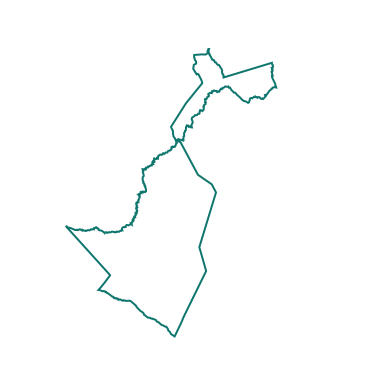 the district of Isiolo North, Eastern, Kenya, rotated 154°
{"feature_id": "3690345B29935700450408", "entity_name": "Isiolo North", "entity_type": "district", "adm_level": 2, "iso_a3": "KEN", "parent_name": "Kenya", "parent_adm1": "Eastern", "projection": "equal_earth", "projection_center": [38.187, 1.182], "detail": "fine", "context": "isolated", "style": "outline", "palette": "teal", "viewbox_px": 384, "rotation_deg": 154, "n_neighbors": 0, "source": "geoboundaries", "source_scale": "gbopen_adm2", "svg_char_len": 6085}
<svg xmlns="http://www.w3.org/2000/svg" viewBox="0 0 384 384"><g transform="rotate(154 192 192)"><path d="M270.9,69.8L258.5,79.6L254.5,83.2L213.9,114.8L209.6,139.2L170.6,181.1L170.9,190.3L179.1,204.8L180.5,242.0L183.9,245.0L184.3,244.1L184.1,243.3L184.4,242.4L185.3,242.3L186.3,241.0L187.5,240.7L187.7,240.2L189.0,240.5L189.2,240.9L189.8,240.7L189.7,241.3L190.0,241.5L190.9,241.3L191.8,239.4L192.6,239.0L193.2,239.2L193.6,238.9L195.3,239.4L196.8,238.3L198.2,239.0L200.1,238.4L200.6,239.3L201.4,239.5L202.2,238.6L203.4,238.9L204.2,239.6L205.9,239.2L206.5,239.3L207.9,237.0L208.7,238.0L209.5,237.2L210.1,237.5L211.3,238.8L211.7,238.5L212.5,235.5L213.0,235.4L213.6,236.8L214.7,236.1L214.9,235.2L214.8,234.1L215.6,234.5L216.3,233.7L216.8,234.2L217.7,233.7L218.4,234.0L219.1,233.7L220.3,234.2L220.7,233.4L222.7,234.1L223.0,233.8L222.7,233.3L223.8,232.4L224.7,232.9L224.9,233.5L225.4,233.3L226.4,234.2L226.8,232.7L226.7,231.9L227.4,231.6L227.7,230.9L227.7,229.5L228.3,227.6L229.9,226.8L231.1,224.4L231.1,222.7L231.6,222.4L231.4,221.6L231.8,221.1L231.3,220.0L231.8,219.3L231.4,218.5L231.9,217.8L231.6,217.2L232.0,216.6L232.0,215.2L233.0,212.9L233.5,213.0L234.0,212.5L234.7,213.0L235.7,213.0L235.8,213.5L236.3,213.3L236.6,214.1L237.3,213.8L237.7,214.2L238.0,213.5L238.4,214.0L238.8,213.3L239.9,213.4L240.2,212.7L240.6,213.0L240.7,212.1L241.2,212.4L240.8,211.3L241.2,211.1L241.2,210.5L241.9,210.0L242.1,209.4L243.9,208.2L243.9,207.5L244.6,207.0L244.7,206.5L245.1,206.8L245.3,206.4L246.0,206.1L246.4,206.7L247.0,206.5L247.5,205.5L247.4,203.8L248.0,203.7L248.3,203.1L247.9,202.1L248.6,201.6L249.1,202.1L249.3,202.0L249.5,201.5L249.4,199.4L249.7,199.4L250.0,198.5L250.7,198.4L250.5,197.9L250.7,197.4L251.5,197.4L251.6,196.8L252.1,196.5L252.4,197.0L252.9,195.7L254.2,195.3L254.2,194.6L254.7,194.9L254.8,194.2L255.6,194.3L256.0,193.6L256.4,193.7L256.8,192.4L257.2,192.5L257.1,192.0L257.8,191.6L258.0,192.3L259.0,191.0L259.9,190.9L260.1,190.2L260.6,190.6L260.7,189.6L261.0,190.2L263.2,189.7L265.0,190.9L265.7,190.9L266.3,190.5L267.4,189.0L267.3,189.4L268.0,190.1L268.4,190.1L268.9,190.6L270.6,190.2L271.5,189.0L271.5,188.6L271.7,188.8L272.5,188.1L273.2,188.6L274.7,188.3L275.8,188.5L276.7,189.4L277.5,189.1L278.7,189.4L278.8,189.8L279.4,190.0L281.3,191.5L283.0,191.4L284.1,192.3L286.2,192.4L286.7,193.5L287.8,193.7L288.3,193.4L288.3,194.0L289.0,194.4L289.4,195.6L290.6,197.3L292.1,198.2L292.5,198.8L292.2,199.7L293.3,201.8L293.5,201.5L294.0,202.3L295.1,202.2L295.7,202.5L296.3,201.8L296.4,202.2L296.8,202.0L298.6,202.1L299.2,202.8L300.8,202.4L302.2,203.4L302.8,203.3L304.2,203.8L304.5,203.5L306.5,205.1L307.0,206.0L307.6,205.5L309.0,207.6L310.0,207.8L311.0,207.6L311.5,207.9L311.8,208.5L312.5,208.4L313.6,209.0L316.6,212.5L318.9,214.4L319.7,216.0L320.4,216.7L302.1,153.3L302.2,153.0L311.4,148.3L318.9,144.9L318.1,144.5L315.7,141.8L314.6,141.7L314.0,141.1L313.7,139.9L312.9,139.8L312.8,138.7L312.0,137.9L309.4,132.8L308.9,132.5L308.6,130.9L308.0,131.0L307.5,129.9L306.5,129.7L306.0,128.3L305.4,128.5L305.1,127.2L304.3,127.3L302.8,126.1L302.7,125.5L301.6,124.4L300.6,124.6L299.0,123.0L295.8,121.7L294.9,120.8L292.2,114.5L292.3,113.7L291.7,111.2L290.6,108.0L288.7,104.6L288.9,102.6L288.4,102.2L287.5,99.8L286.4,98.2L284.9,97.3L284.0,96.0L283.3,95.8L282.7,94.9L281.9,94.3L280.6,92.8L280.4,90.9L279.3,89.9L277.7,86.0L276.0,84.2L275.0,82.6L274.1,82.1L273.7,79.4L274.0,77.8L273.2,76.1L273.2,73.7L270.9,69.8ZM132.0,305.6L134.6,305.5L136.9,302.2L136.3,295.7L134.9,295.6L134.6,294.5L134.5,288.1L135.1,285.3L158.7,274.3L182.1,259.9L182.4,259.1L182.3,255.6L182.5,255.5L182.8,254.0L183.7,252.6L183.9,251.1L184.3,250.0L183.9,248.0L184.0,246.6L183.7,245.9L183.9,245.0L181.2,245.6L180.6,245.0L180.4,244.4L179.0,243.8L178.1,242.9L177.5,243.1L177.5,242.2L177.2,242.0L176.7,242.5L176.8,243.6L175.9,244.3L175.3,245.5L174.5,245.7L173.2,248.6L171.9,249.2L171.5,250.0L170.6,250.1L168.9,253.0L167.9,253.4L167.5,254.2L167.2,254.1L166.9,253.2L166.2,253.1L166.3,252.2L165.7,252.3L165.1,251.0L163.8,250.1L163.5,251.2L163.7,251.6L163.5,252.2L160.9,254.1L160.4,256.1L160.5,257.3L159.4,258.8L156.4,259.2L155.4,259.8L154.5,259.1L153.8,259.0L152.1,259.7L151.1,259.1L150.7,259.4L149.8,261.1L149.3,261.1L148.8,262.0L147.6,261.2L147.2,260.2L145.5,260.8L144.8,261.8L144.4,263.6L143.9,264.1L143.7,263.8L143.0,264.8L141.3,265.1L140.7,266.3L140.3,266.4L140.2,267.4L140.6,267.4L140.0,268.2L140.0,269.2L139.6,269.7L139.0,269.2L138.6,269.5L138.1,269.3L136.9,270.5L136.0,270.4L135.3,270.9L134.7,270.9L134.6,272.5L134.4,272.9L133.8,272.7L133.0,273.2L132.2,273.2L130.9,272.2L129.7,273.8L128.8,273.2L128.0,273.7L127.3,273.3L126.8,272.6L125.6,272.1L125.8,271.2L125.6,270.7L124.3,270.8L123.6,270.2L123.2,270.3L122.7,271.1L121.2,271.9L120.6,271.6L120.2,272.0L119.5,271.4L119.0,272.0L117.4,271.9L115.9,272.3L113.9,270.9L113.1,270.9L113.0,269.4L112.1,269.2L111.9,266.3L111.0,264.1L110.9,263.1L109.8,262.5L109.3,261.4L109.2,260.3L107.2,255.4L106.7,253.2L105.8,251.8L105.6,251.1L104.1,250.0L102.5,247.5L101.3,247.7L98.7,250.7L97.5,250.5L96.8,249.8L94.9,250.3L94.3,250.0L93.4,250.3L93.0,249.2L92.0,248.9L91.9,248.0L90.4,248.1L89.6,247.3L89.3,245.8L88.6,245.1L87.9,245.3L87.6,244.6L87.2,244.4L84.0,245.7L83.9,247.2L83.1,247.0L82.8,246.4L77.9,249.1L76.6,249.2L75.2,250.0L74.4,249.7L73.8,250.4L72.0,250.2L70.5,249.0L70.3,250.0L70.3,251.4L69.8,252.7L69.8,259.3L69.4,261.2L68.5,261.1L68.4,262.7L68.0,263.3L67.9,265.1L66.9,265.3L66.6,266.4L66.2,266.3L66.0,268.0L65.6,267.6L65.1,268.6L64.7,268.7L64.4,269.6L64.0,269.7L63.8,270.5L64.0,272.3L63.6,273.1L113.5,281.1L113.4,281.7L112.6,282.4L112.5,283.3L112.9,284.3L112.6,284.7L112.7,285.7L112.4,286.9L111.6,288.0L111.5,290.2L111.8,291.2L112.0,294.1L112.9,294.8L113.6,296.4L113.7,298.1L114.5,298.6L114.5,300.8L114.9,300.9L115.0,301.6L115.8,302.0L115.8,305.7L116.0,306.9L115.8,307.6L116.0,307.6L116.2,309.0L115.8,309.6L116.0,310.3L115.4,311.0L115.2,311.6L115.4,311.9L115.2,312.4L114.5,312.5L114.0,313.0L114.6,313.3L116.5,311.5L116.7,309.9L119.6,309.6L123.1,311.5L130.0,314.2L131.2,311.7L131.0,311.2L131.4,310.0L131.4,308.5L131.1,307.8L131.5,306.5L132.0,305.6Z" fill="none" stroke="#0f766e" stroke-width="2"/></g></svg>